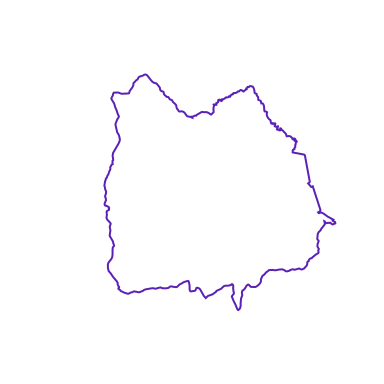 outline of Mato Grosso do Sul, rotated 146°
{"feature_id": "BRA-600", "entity_name": "Mato Grosso do Sul", "entity_type": "State", "adm_level": 1, "iso_a3": "BRA", "parent_name": "Brazil", "parent_adm1": "", "projection": "robinson", "projection_center": [-55.435, -20.619], "detail": "fine", "context": "isolated", "style": "outline", "palette": "violet", "viewbox_px": 384, "rotation_deg": 146, "n_neighbors": 0, "source": "natural_earth", "source_scale": "10m", "svg_char_len": 5878}
<svg xmlns="http://www.w3.org/2000/svg" viewBox="0 0 384 384"><g transform="rotate(146 192 192)"><path d="M84.6,170.5L85.3,170.1L86.4,168.5L78.2,160.4L77.9,159.3L88.6,134.7L89.1,134.3L90.9,134.2L90.4,129.7L90.0,129.3L88.7,129.2L95.6,105.2L96.0,104.8L96.5,104.6L98.8,104.6L98.8,103.8L98.5,103.4L97.3,103.3L96.1,102.5L94.9,100.3L93.3,95.8L90.3,90.1L91.3,90.0L91.4,89.3L90.2,87.3L90.5,86.1L90.8,85.8L91.7,86.2L93.4,86.3L94.2,87.6L94.4,89.1L95.3,89.5L96.8,90.6L97.8,90.9L98.5,91.8L98.6,92.3L98.4,93.5L98.6,93.8L99.6,91.3L100.3,90.8L105.5,89.2L106.5,88.5L107.2,88.3L109.4,87.9L111.0,87.1L114.3,83.2L114.5,82.6L114.3,81.0L114.4,80.5L117.0,78.6L118.4,76.9L118.6,75.4L118.7,73.8L120.1,72.9L120.6,71.5L121.4,70.7L124.2,70.9L128.7,70.5L129.7,70.2L131.2,70.7L132.3,70.6L133.4,70.1L134.0,69.4L135.1,69.6L135.5,69.4L137.1,67.5L138.0,66.9L141.8,65.9L144.2,66.3L144.8,66.8L145.8,68.6L150.5,70.2L151.6,71.5L152.4,71.9L154.3,72.4L155.0,72.2L157.4,73.0L158.2,73.5L158.6,74.0L159.2,75.7L160.5,77.5L163.4,79.1L166.8,80.5L168.4,82.1L171.9,84.2L173.9,83.9L175.2,84.0L178.4,83.1L180.4,83.1L183.7,81.1L184.7,79.5L185.6,78.8L187.3,78.0L190.2,77.6L192.1,77.7L192.8,77.9L196.2,80.4L196.4,81.0L196.7,83.1L197.0,83.7L197.4,83.9L198.9,83.9L202.1,82.4L203.6,82.0L205.5,82.0L207.0,80.6L208.1,78.2L210.3,76.7L211.2,75.9L214.1,72.3L215.4,70.3L217.4,68.6L219.6,68.2L219.9,68.5L219.8,70.4L218.8,75.0L218.6,77.4L217.5,83.0L217.0,83.4L214.5,84.2L213.6,84.9L213.2,86.4L212.4,87.8L212.0,88.8L210.3,91.1L210.0,92.2L210.4,93.3L211.5,93.1L213.8,93.8L217.0,95.8L218.3,96.1L222.2,95.5L226.8,96.3L227.7,96.1L228.1,95.8L232.4,95.7L236.9,96.9L239.9,96.4L240.3,99.3L239.7,106.5L239.9,107.8L240.5,108.9L241.2,109.7L241.9,110.0L243.9,108.7L244.9,108.5L248.5,110.2L248.9,110.9L248.6,112.3L246.1,116.2L244.9,119.2L244.8,120.2L245.7,120.8L249.2,121.9L251.4,121.9L253.8,122.3L257.6,121.7L258.0,121.8L259.3,122.7L262.1,125.5L263.1,125.8L265.2,125.7L266.0,126.0L267.9,127.0L270.3,128.7L271.5,130.5L273.2,131.2L276.2,132.1L278.4,134.3L284.8,137.2L286.6,137.6L288.0,137.5L291.6,138.3L292.3,138.7L295.0,141.5L295.8,142.1L297.9,142.4L299.3,143.0L300.9,143.0L301.7,143.3L302.6,144.1L304.2,146.1L306.5,149.9L306.4,150.8L307.2,152.7L306.8,153.4L305.9,153.5L305.6,153.9L305.5,156.2L305.3,157.0L304.5,158.1L304.3,159.1L304.3,160.2L304.9,165.8L304.9,170.3L305.3,173.0L304.1,176.2L302.3,178.9L300.7,180.2L296.5,181.5L294.6,182.6L292.8,184.6L290.2,188.5L288.6,190.4L287.0,190.8L286.5,191.2L285.9,193.6L285.2,195.0L284.8,201.5L284.5,202.1L281.1,205.8L279.6,209.3L277.5,210.8L277.1,211.3L277.0,212.3L277.6,215.5L277.7,217.0L277.2,218.6L275.2,220.8L274.0,223.2L273.5,223.6L273.0,223.8L271.3,223.6L270.7,223.7L270.3,224.2L270.1,225.0L269.6,225.2L269.5,226.2L270.9,228.8L271.3,228.9L271.6,229.4L271.5,230.5L270.4,231.7L268.0,233.2L267.0,235.0L266.7,236.6L266.2,237.4L264.8,238.3L263.2,240.0L262.9,240.5L262.5,242.7L261.5,244.8L261.2,246.1L258.1,249.5L257.0,250.1L256.0,251.2L254.7,251.5L253.0,252.8L251.3,253.5L249.8,254.8L246.8,256.7L246.0,258.2L243.5,259.5L243.0,259.7L242.5,259.7L242.2,259.5L240.6,262.2L239.4,262.6L237.5,266.5L235.6,268.5L225.7,273.3L223.4,274.8L222.4,275.9L221.2,278.8L220.8,280.2L220.6,283.4L217.9,290.4L217.0,291.5L213.5,293.9L210.8,295.1L210.2,295.8L210.1,297.5L208.6,302.9L208.3,305.1L207.3,308.0L207.0,309.5L206.9,312.8L206.7,314.4L206.0,315.1L203.5,316.4L202.6,317.4L201.3,318.1L197.5,315.7L195.7,313.1L195.1,312.6L189.7,309.3L188.9,309.1L187.1,310.6L182.9,312.1L180.9,313.3L179.8,314.8L179.3,315.1L177.6,315.3L176.1,315.8L174.1,315.8L172.2,316.9L171.1,317.0L167.8,316.0L165.9,315.9L164.9,315.4L164.2,314.6L163.9,313.6L163.4,306.5L162.7,304.2L160.7,301.7L160.3,296.6L161.2,294.6L161.2,293.4L160.9,292.7L159.9,291.6L159.7,290.8L160.5,288.5L160.5,287.9L159.7,284.9L158.8,284.3L158.5,283.8L158.6,281.8L158.5,281.1L157.3,279.5L157.4,277.0L156.7,274.2L156.6,272.8L157.6,270.6L157.9,269.4L157.6,268.2L157.8,267.0L157.7,266.2L157.5,265.8L155.4,264.6L154.5,263.7L154.0,262.5L153.8,261.2L153.7,258.0L153.4,257.2L151.8,255.7L150.2,253.4L149.8,254.4L149.2,254.0L147.2,253.8L145.8,252.9L145.0,253.3L139.0,252.9L137.5,251.5L135.7,250.4L134.7,249.4L134.0,248.2L133.2,245.9L132.8,245.5L129.5,246.1L128.9,246.8L128.2,248.3L127.7,248.7L127.2,249.8L125.0,251.5L125.3,252.1L125.2,252.4L124.7,252.3L123.6,251.0L123.1,250.7L122.5,251.7L122.2,252.0L121.8,251.7L120.8,252.0L120.1,251.9L119.0,253.4L118.6,253.5L117.9,253.4L117.5,252.0L117.1,251.5L116.7,252.4L115.8,252.1L115.3,252.1L115.1,252.0L115.2,251.4L114.8,251.6L113.7,251.3L112.1,251.3L111.3,251.5L110.6,251.3L110.4,250.9L109.1,250.4L108.6,250.3L107.7,250.6L107.2,249.7L106.8,249.8L106.0,250.5L105.4,250.6L103.5,250.2L103.2,250.7L102.1,250.4L101.8,250.6L100.8,249.9L99.3,249.4L97.8,249.7L96.8,249.1L95.1,249.4L94.5,249.3L93.7,248.1L93.2,246.6L92.9,246.4L92.1,246.8L90.6,246.6L90.0,246.8L89.4,246.7L89.4,247.3L88.8,247.6L88.1,247.5L87.2,248.0L86.3,247.2L85.2,247.5L84.2,247.1L83.5,246.1L82.7,245.5L82.7,244.0L83.4,241.5L84.6,239.3L84.4,238.4L83.6,237.3L84.3,235.8L84.1,233.8L85.5,231.3L84.3,229.5L84.1,228.9L85.0,226.7L84.1,226.1L83.8,225.5L83.8,224.7L84.4,222.7L86.5,219.1L86.7,218.2L85.9,217.6L85.2,216.6L85.2,216.1L86.2,215.1L87.0,214.0L87.4,212.4L87.5,210.7L87.3,209.0L86.8,207.9L86.8,207.4L87.6,206.0L87.9,205.1L87.9,204.3L87.3,203.7L87.2,204.4L85.5,202.9L84.8,202.5L84.7,202.1L85.0,201.7L86.6,200.5L86.5,199.8L85.6,198.9L84.2,198.6L84.0,198.4L85.3,197.1L86.0,196.9L86.6,196.4L86.5,196.1L85.5,195.2L85.1,194.2L84.6,193.9L84.1,193.8L83.7,194.1L83.4,195.3L83.2,195.4L82.7,194.7L82.9,193.2L82.3,192.1L82.2,190.3L81.9,189.5L81.7,187.6L81.8,186.9L82.3,185.8L82.3,185.2L80.5,184.3L79.3,183.1L78.9,181.6L78.8,180.6L79.1,179.6L78.9,179.3L78.5,178.8L78.2,178.9L77.6,179.3L77.0,178.9L76.8,178.2L77.0,177.6L78.2,177.1L78.1,176.8L77.6,176.1L76.9,175.9L76.9,175.3L78.7,174.6L79.2,173.7L80.2,173.2L81.2,171.6L82.7,171.0L83.2,170.2L84.6,170.5Z" fill="none" stroke="#5b21b6" stroke-width="2"/></g></svg>